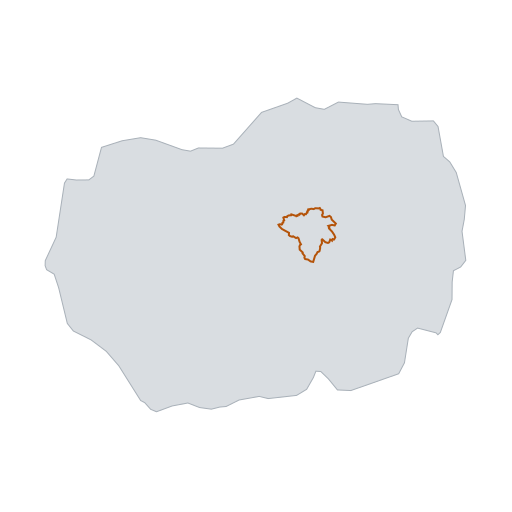 location of Dolneni, Dolneni, North Macedonia, rotated 186°
{"feature_id": "65306769B25269203277023", "entity_name": "Dolneni", "entity_type": "district", "adm_level": 2, "iso_a3": "MKD", "parent_name": "North Macedonia", "parent_adm1": "Dolneni", "projection": "orthographic", "projection_center": [21.418, 41.482], "detail": "fine", "context": "in_parent", "style": "outline", "palette": "amber", "viewbox_px": 512, "rotation_deg": 186, "n_neighbors": 0, "source": "geoboundaries", "source_scale": "gbopen_adm2", "svg_char_len": 2422}
<svg xmlns="http://www.w3.org/2000/svg" viewBox="0 0 512 512"><g transform="rotate(186 256 256)"><path d="M229.2,115.5L238.2,116.7L257.8,111.0L270.0,103.2L276.2,102.0L284.4,99.0L296.3,99.4L308.4,102.7L323.7,98.1L338.7,90.7L344.7,92.5L351.3,98.5L355.6,100.2L381.0,132.5L394.9,145.5L411.2,155.3L429.8,162.3L436.6,169.2L448.9,203.7L454.8,216.8L462.8,220.5L464.7,224.3L465.1,229.3L456.7,253.8L454.1,308.5L451.9,312.9L442.6,312.8L430.2,314.2L425.6,318.5L421.0,347.9L401.2,356.6L383.1,361.6L367.8,360.7L340.8,354.0L332.1,353.4L324.6,357.4L300.6,359.7L290.1,364.9L265.5,399.4L240.4,411.3L231.9,417.3L212.6,409.7L203.4,409.0L190.1,417.7L161.0,418.5L153.1,420.0L130.6,421.3L129.7,416.6L125.6,409.6L115.1,406.3L93.7,408.9L88.5,403.8L80.0,374.6L73.1,369.8L65.6,360.0L52.9,328.1L52.7,314.2L53.7,302.1L46.9,273.6L51.3,266.5L58.1,262.0L58.2,250.6L56.5,233.2L64.7,199.2L66.9,196.7L68.9,198.4L87.8,201.2L92.8,197.0L95.9,190.2L97.2,165.3L101.8,153.8L147.6,132.1L161.0,131.3L171.3,141.5L179.5,147.9L184.4,147.7L186.2,141.2L191.7,128.7L201.1,121.6L228.9,115.5L229.2,115.5Z" fill="#d9dde1" stroke="#a8b0b8" stroke-width="1"/><path d="M198.5,256.1L197.3,262.5L196.0,264.3L195.2,266.4L194.0,266.8L193.3,267.6L193.0,270.8L193.4,272.0L191.7,275.6L192.4,278.8L191.9,279.5L191.5,279.3L188.5,277.0L185.8,276.5L184.6,277.3L183.9,280.1L182.2,279.3L182.3,280.1L181.5,280.9L180.3,280.4L180.0,280.8L179.1,282.9L180.5,285.3L182.9,288.2L186.1,290.9L185.9,291.3L186.5,291.8L186.2,292.5L187.2,293.5L183.7,294.9L180.9,294.6L180.0,296.6L184.5,300.1L185.5,302.5L187.1,303.6L190.8,301.8L194.0,302.2L194.6,303.7L193.9,305.2L194.6,308.4L196.6,308.7L197.1,309.9L197.6,310.4L198.6,309.9L202.1,309.7L203.5,308.7L205.9,308.8L207.9,308.1L208.2,307.5L208.9,307.8L209.6,305.8L209.2,305.7L209.4,304.7L209.8,304.8L210.7,302.8L211.8,302.8L212.6,301.5L214.5,303.0L216.3,302.9L216.9,301.9L217.2,302.3L218.5,301.2L218.3,301.8L218.8,300.4L219.5,300.7L220.2,300.0L225.2,301.1L225.3,300.2L227.9,299.7L229.2,298.7L229.3,297.9L231.8,297.8L232.8,297.1L231.7,294.4L232.4,293.9L232.4,292.1L233.2,291.7L233.3,290.3L233.8,289.9L235.6,290.1L236.9,289.5L235.8,287.8L232.9,285.5L225.6,282.5L225.5,280.2L224.3,279.4L222.0,278.9L221.2,279.5L218.0,278.0L216.6,278.8L215.6,278.1L214.1,274.6L212.5,272.3L213.4,271.5L213.8,270.1L213.2,266.9L209.9,264.4L210.0,263.5L207.5,261.0L207.7,259.4L206.8,258.1L203.9,257.9L201.1,256.3L198.5,256.1Z" fill="none" stroke="#b45309" stroke-width="2"/></g></svg>